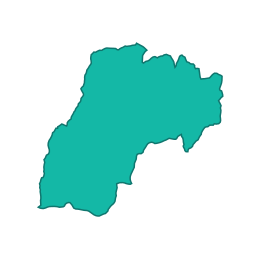 José Bonifácio, São Paulo, Brazil, rotated 351°
{"feature_id": "56859067B42507198027586", "entity_name": "José Bonifácio", "entity_type": "district", "adm_level": 2, "iso_a3": "BRA", "parent_name": "Brazil", "parent_adm1": "São Paulo", "projection": "orthographic", "projection_center": [-49.769, -21.098], "detail": "fine", "context": "isolated", "style": "filled", "palette": "teal", "viewbox_px": 256, "rotation_deg": 351, "n_neighbors": 0, "source": "geoboundaries", "source_scale": "gbopen_adm2", "svg_char_len": 4002}
<svg xmlns="http://www.w3.org/2000/svg" viewBox="0 0 256 256"><g transform="rotate(351 128 128)"><path d="M88.7,209.6L90.5,209.1L92.4,208.9L95.1,206.9L95.8,205.2L97.0,204.1L98.4,202.7L99.9,201.6L101.3,200.8L102.5,199.8L103.6,198.5L104.1,197.1L104.8,194.9L105.8,193.1L105.8,191.1L106.1,189.6L107.0,187.4L107.9,185.3L107.9,183.0L108.1,181.3L111.2,180.7L114.3,181.1L116.2,181.8L117.3,182.5L119.5,183.4L121.4,183.9L122.9,183.4L122.4,181.7L122.1,179.6L122.3,177.5L122.8,175.9L123.8,174.0L125.1,172.1L126.5,170.0L128.0,167.8L128.5,165.5L128.8,164.0L129.7,162.5L131.2,160.1L131.6,158.7L131.9,157.3L132.9,155.5L134.8,155.0L137.0,155.4L139.0,154.4L140.0,152.2L141.6,150.5L142.6,149.4L143.7,148.0L145.0,146.7L146.8,145.9L149.0,145.7L150.7,146.4L152.0,147.5L153.4,147.6L155.3,147.5L157.4,147.3L159.7,146.8L161.6,146.2L163.6,145.8L165.0,145.3L167.0,144.6L170.0,145.7L171.8,146.3L173.5,146.6L174.7,145.7L175.9,144.1L178.3,143.1L179.7,142.7L179.6,144.7L180.5,146.3L180.7,148.4L180.5,150.6L180.7,153.1L179.7,154.5L179.9,155.9L180.5,157.3L180.7,159.3L181.6,160.5L183.4,160.8L184.0,158.9L185.1,157.8L186.9,157.5L188.8,156.3L189.7,154.5L191.3,153.2L193.1,151.6L195.4,150.6L196.8,148.4L198.2,146.8L199.3,145.8L199.8,144.2L201.0,142.5L202.8,140.5L204.2,139.3L205.7,139.1L207.1,139.2L209.1,138.0L210.7,138.2L212.7,138.5L213.9,137.3L215.7,137.9L218.3,137.9L220.0,136.7L220.6,135.2L220.8,133.2L220.9,130.7L221.5,128.8L222.0,127.3L222.5,125.2L222.4,122.6L223.4,120.5L222.8,118.4L221.7,115.2L223.4,113.8L224.9,112.4L226.5,111.6L226.7,110.1L226.5,108.0L226.2,106.0L224.9,105.3L224.5,103.8L225.1,102.5L226.1,100.7L227.4,98.2L228.2,95.7L228.6,93.6L229.0,91.6L227.8,90.4L226.1,89.5L224.3,87.9L222.0,87.4L219.8,88.5L217.5,90.4L216.3,91.3L212.9,91.3L211.2,91.3L209.6,91.1L207.8,91.1L207.2,89.2L207.2,86.5L207.3,84.3L207.3,82.4L207.3,80.5L205.5,79.9L204.0,80.0L203.3,78.4L203.6,76.7L202.5,75.0L200.8,74.7L199.6,74.3L198.5,72.9L196.4,71.8L195.8,69.6L195.3,67.0L193.6,65.7L192.7,64.4L191.0,64.7L189.9,65.8L189.0,67.6L187.9,69.4L185.9,72.0L185.3,74.0L183.9,75.4L183.6,72.1L183.6,70.1L182.9,67.9L181.7,65.2L181.2,63.5L179.3,62.5L177.4,61.3L174.9,61.5L173.4,62.3L171.8,62.1L169.4,62.6L168.0,63.3L165.8,61.7L163.8,61.8L161.8,62.8L159.9,64.2L158.0,64.9L156.0,65.0L153.4,66.3L152.4,65.3L152.8,63.3L153.1,61.9L153.4,60.4L153.8,58.7L155.1,57.1L157.0,55.1L158.8,54.1L156.6,51.2L155.4,49.9L149.7,45.6L148.5,47.1L147.0,47.1L145.1,47.0L143.4,47.3L141.5,47.2L139.6,47.2L138.0,46.6L135.8,47.5L133.9,47.9L132.4,48.4L131.0,49.3L129.6,49.0L128.3,47.6L126.2,47.1L124.1,46.7L122.1,46.3L119.6,45.7L118.0,45.8L115.8,46.5L114.3,47.2L112.0,46.8L109.7,47.4L108.0,48.1L106.0,47.7L104.7,48.9L103.2,49.8L102.4,52.1L102.0,53.9L102.1,55.7L101.9,58.2L101.0,59.4L99.5,60.9L98.1,62.7L96.5,64.3L95.8,66.1L95.1,67.6L93.8,69.0L93.1,71.1L92.9,73.0L92.4,74.7L92.0,76.6L91.3,77.9L90.4,79.6L88.7,80.7L87.6,81.9L88.0,83.5L88.7,85.4L89.3,87.1L89.2,88.6L87.8,90.1L86.3,91.4L85.6,93.8L84.5,95.1L82.8,96.3L82.0,98.5L80.5,99.7L79.2,101.1L78.5,102.6L77.2,103.6L76.3,105.1L74.8,106.9L73.6,108.5L73.3,110.1L71.7,110.9L70.0,112.0L68.8,113.4L68.5,115.0L67.7,116.4L65.7,115.3L64.5,114.4L63.2,113.7L61.8,114.5L60.4,115.2L58.8,115.8L58.4,117.3L56.9,116.9L55.6,118.5L54.5,120.0L52.8,120.9L51.9,123.2L50.9,124.7L49.7,126.3L48.2,127.9L46.9,130.3L46.4,132.5L46.5,134.4L46.9,137.2L46.5,139.6L45.3,141.3L43.2,142.1L42.4,143.4L41.4,145.0L40.1,146.1L40.4,148.9L39.5,151.1L38.8,153.4L38.6,156.0L38.0,157.8L38.3,159.7L37.4,162.1L36.4,163.6L34.9,163.7L33.9,165.4L33.0,167.7L31.9,169.2L32.1,171.1L31.5,173.2L31.8,175.2L31.3,177.2L31.3,179.6L31.2,182.1L30.9,184.1L30.3,185.9L29.8,190.7L27.0,192.2L28.7,193.4L30.5,194.0L31.8,194.3L34.4,194.0L36.0,193.5L37.9,193.3L40.0,193.5L42.9,193.9L45.8,194.6L47.8,195.5L49.6,195.6L51.6,195.7L53.0,195.1L54.1,193.5L55.6,192.6L57.5,192.3L59.1,192.7L60.6,195.2L61.9,198.6L63.7,199.8L65.6,200.2L66.9,200.6L71.8,202.4L74.6,203.1L76.2,203.9L78.4,206.0L80.7,208.3L82.7,209.6L84.5,210.2L85.9,210.4L88.7,209.6Z" fill="#14b8a6" stroke="#0f766e" stroke-width="1.5"/></g></svg>